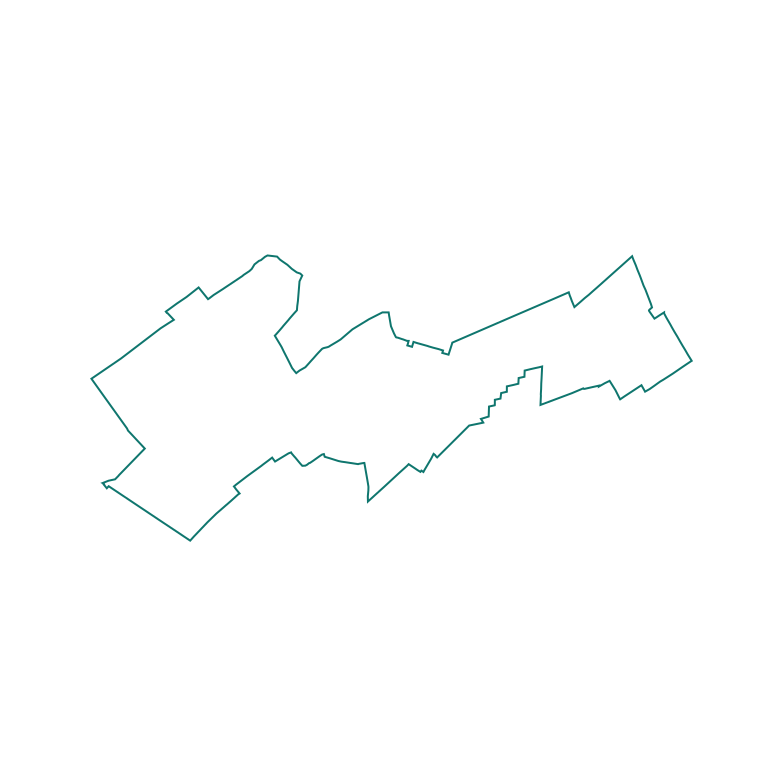 outline of Los Reyes de Juárez, Puebla, Mexico, rotated 118°
{"feature_id": "50627088B78424416735733", "entity_name": "Los Reyes de Juárez", "entity_type": "district", "adm_level": 2, "iso_a3": "MEX", "parent_name": "Mexico", "parent_adm1": "Puebla", "projection": "mercator", "projection_center": [-97.83, 18.968], "detail": "fine", "context": "isolated", "style": "outline", "palette": "teal", "viewbox_px": 768, "rotation_deg": 118, "n_neighbors": 0, "source": "geoboundaries", "source_scale": "gbopen_adm2", "svg_char_len": 4030}
<svg xmlns="http://www.w3.org/2000/svg" viewBox="0 0 768 768"><g transform="rotate(118 384 384)"><path d="M516.7,644.8L527.5,623.1L543.9,590.0L545.3,588.2L553.3,564.9L588.9,575.2L590.0,575.4L594.4,576.7L598.7,581.8L603.5,585.9L603.5,585.7L603.9,584.2L604.3,584.3L606.2,579.8L603.5,579.1L609.5,519.6L613.3,481.6L607.7,480.2L589.1,475.0L577.2,471.2L564.7,466.4L564.3,466.2L560.3,464.7L560.1,464.6L549.9,460.9L548.5,460.1L546.5,465.0L545.2,467.7L544.9,468.4L542.4,467.4L537.6,465.2L529.5,461.5L521.5,457.6L521.3,457.5L513.5,453.7L513.4,453.7L511.2,452.7L505.7,450.1L501.5,448.2L503.6,443.8L490.0,435.7L488.0,433.9L488.2,433.6L488.6,433.1L490.4,428.5L490.4,428.3L492.6,423.0L493.6,420.5L494.6,417.7L493.0,415.1L491.4,414.0L491.1,413.9L488.9,412.9L488.4,412.3L485.0,410.5L478.2,407.1L475.4,405.6L474.1,404.2L476.1,402.2L475.0,396.8L473.4,388.1L472.5,385.0L471.1,381.2L469.3,376.0L469.2,375.8L466.9,369.2L466.7,369.0L466.4,368.8L463.0,364.5L462.9,364.3L472.9,356.5L474.3,355.4L478.7,352.0L481.6,349.8L482.4,349.3L485.4,347.8L490.7,345.6L495.3,343.0L483.3,338.7L475.0,335.7L461.0,330.8L455.8,329.0L445.4,325.2L443.2,324.6L444.0,316.6L444.3,314.0L444.5,310.6L442.9,310.3L442.9,310.0L443.0,309.5L443.2,307.9L441.1,307.9L427.9,307.3L422.9,307.4L422.4,307.4L422.7,305.7L423.7,303.5L423.9,302.6L380.7,289.3L378.8,287.0L377.9,285.9L371.7,278.4L371.5,278.2L369.3,282.0L369.1,281.8L363.8,276.5L363.6,276.3L354.6,280.7L350.8,276.2L350.7,276.2L345.9,278.7L342.2,274.3L337.0,276.3L333.2,271.9L328.4,274.4L324.5,269.8L320.7,265.5L315.5,267.9L311.7,263.4L306.1,266.1L302.1,261.6L298.5,257.4L296.3,254.8L294.3,252.6L299.8,250.0L305.1,247.5L309.7,245.4L309.9,245.3L314.7,242.9L319.5,240.7L320.6,240.0L324.6,238.1L329.0,236.0L303.9,213.8L294.3,206.0L294.5,205.3L294.2,204.7L284.4,193.3L285.3,193.0L279.6,189.4L275.9,186.7L275.3,186.3L275.5,185.9L280.8,176.7L286.6,168.5L286.7,168.3L282.1,165.9L264.2,156.1L264.8,155.2L265.8,153.6L267.2,151.4L268.2,149.9L263.8,147.1L259.1,144.7L254.2,142.3L252.2,141.3L249.1,139.4L244.3,136.7L239.3,133.9L235.1,131.7L229.7,128.9L224.6,126.2L219.6,123.5L219.1,123.2L218.2,124.7L216.0,128.5L215.3,129.7L213.1,133.2L212.3,134.5L210.4,137.7L210.3,137.9L207.4,142.6L204.4,147.3L201.6,152.0L198.7,156.6L197.1,159.0L194.0,164.0L192.8,165.9L190.1,169.9L189.3,170.3L194.6,173.3L197.4,174.8L199.3,175.9L199.2,176.1L195.2,184.0L194.6,184.6L193.8,184.5L192.2,183.9L190.6,183.3L188.2,185.7L178.1,197.3L175.2,201.1L170.0,206.9L167.9,209.3L164.2,213.8L160.9,217.5L157.5,221.7L155.7,223.8L154.7,224.9L199.1,241.3L204.1,243.2L209.0,245.0L213.9,247.1L219.0,249.0L226.7,252.0L222.2,257.5L221.8,257.9L220.1,259.8L219.1,261.0L218.4,261.8L218.2,262.0L216.6,263.6L216.3,263.9L228.6,273.7L268.3,305.5L315.4,343.1L315.6,343.0L327.8,340.8L329.2,347.1L326.7,347.6L327.6,352.4L327.7,352.8L328.9,357.8L329.9,362.6L329.9,363.0L332.0,372.6L332.1,372.9L333.0,377.7L338.0,376.7L339.0,381.5L337.8,381.7L334.4,382.5L335.2,384.1L335.2,384.5L335.7,388.4L335.8,388.6L336.6,393.5L337.1,395.1L336.9,395.7L334.6,399.0L329.7,405.0L329.3,405.3L320.8,411.9L319.4,412.9L318.6,413.5L321.5,419.0L333.9,427.7L350.5,437.5L365.0,443.2L368.5,445.2L375.4,449.4L376.7,450.1L377.5,450.7L378.2,451.4L379.6,453.0L380.5,454.0L381.3,454.7L382.1,455.2L387.1,456.6L390.2,457.4L394.1,458.3L398.4,459.4L402.5,460.4L406.1,461.3L411.8,464.9L415.6,466.6L414.6,469.1L413.0,472.7L410.2,476.6L406.8,481.4L402.4,487.7L399.4,491.8L399.3,492.0L398.6,493.1L392.6,503.1L391.2,502.7L386.2,501.5L383.1,500.8L381.8,500.5L380.1,500.2L372.3,498.4L370.6,498.1L363.7,496.5L359.8,495.5L355.9,497.2L352.9,498.3L351.6,498.8L351.3,498.9L333.0,506.8L326.6,507.1L325.8,509.7L326.4,513.4L325.6,519.5L324.1,525.3L323.4,531.4L323.0,534.3L321.7,538.2L325.2,547.2L327.6,548.8L332.4,550.8L334.0,552.2L339.2,554.5L344.5,554.8L347.6,555.9L353.5,559.1L355.3,559.8L375.0,570.4L375.4,570.6L385.4,576.2L390.2,578.4L391.7,579.2L385.8,593.0L399.9,599.2L410.3,604.7L422.5,610.6L423.2,609.0L423.1,608.3L426.0,599.7L431.1,602.6L439.7,607.4L485.0,628.2L516.7,644.8Z" fill="none" stroke="#0f766e" stroke-width="2"/></g></svg>